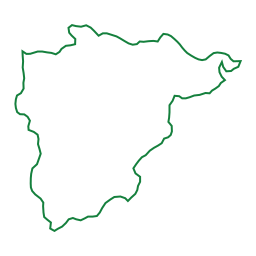 Taparuba, Minas Gerais, Brazil
{"feature_id": "56859067B97450946260268", "entity_name": "Taparuba", "entity_type": "district", "adm_level": 2, "iso_a3": "BRA", "parent_name": "Brazil", "parent_adm1": "Minas Gerais", "projection": "orthographic", "projection_center": [-41.602, -19.749], "detail": "fine", "context": "isolated", "style": "outline", "palette": "green", "viewbox_px": 256, "rotation_deg": 0, "n_neighbors": 0, "source": "geoboundaries", "source_scale": "gbopen_adm2", "svg_char_len": 2051}
<svg xmlns="http://www.w3.org/2000/svg" viewBox="0 0 256 256"><path d="M127.9,201.0L131.2,197.6L135.3,193.9L137.3,190.0L138.0,186.0L140.1,181.8L140.1,176.8L135.5,173.4L133.4,168.3L136.3,164.0L138.8,160.7L141.9,157.2L145.7,155.2L149.8,150.7L154.0,147.8L158.0,145.6L161.7,143.2L164.1,138.6L168.1,137.3L170.7,135.0L171.9,131.4L171.7,125.9L168.4,121.9L169.1,117.8L169.5,112.4L169.5,105.2L172.6,100.8L174.6,95.8L179.2,96.2L182.1,98.3L185.9,98.3L189.7,97.2L194.2,95.5L199.6,94.9L205.5,93.0L209.6,93.3L212.0,90.6L215.3,88.6L218.8,86.1L220.8,83.0L224.9,80.1L221.7,76.7L219.5,72.2L219.1,67.7L221.9,62.0L223.2,66.9L226.3,71.3L231.1,71.0L233.8,68.8L238.3,66.8L240.6,61.1L233.5,61.3L230.7,58.9L228.5,55.4L225.0,53.7L220.9,52.9L217.3,52.5L213.6,53.1L209.7,56.0L205.7,59.4L202.1,60.1L198.6,59.4L195.2,57.9L191.2,55.6L187.2,53.0L184.7,50.5L182.2,47.6L179.8,44.4L177.4,41.8L174.4,39.0L171.0,36.1L167.7,34.5L163.4,33.9L160.3,37.4L157.7,41.5L153.5,40.9L148.5,41.2L143.6,41.8L139.7,41.5L136.9,44.1L132.7,44.7L128.6,43.4L124.8,41.2L120.0,38.3L116.5,36.4L111.5,34.8L106.7,33.3L102.9,33.3L98.6,35.7L94.0,30.8L90.7,27.6L86.2,25.3L81.1,26.7L76.0,26.1L72.0,25.1L68.5,27.8L69.2,32.7L71.6,35.5L75.3,39.0L75.1,44.2L70.5,45.3L65.9,45.8L61.5,48.9L59.5,51.9L55.8,54.3L51.4,52.9L47.2,52.4L42.0,51.5L37.8,51.5L34.5,52.5L30.2,53.8L26.4,53.9L22.5,51.3L22.7,56.2L23.1,61.3L22.7,67.5L23.6,73.0L24.2,78.3L23.4,82.8L23.6,88.6L20.9,93.2L17.0,95.5L15.9,99.2L15.4,103.9L15.9,108.0L17.2,112.1L20.0,114.2L24.3,114.4L27.6,116.8L29.9,120.7L28.3,126.3L28.6,129.9L33.8,131.9L37.6,134.7L38.5,139.0L38.0,144.1L39.5,149.0L40.7,153.7L39.2,158.0L37.0,164.2L32.4,168.4L31.2,173.7L30.8,178.1L30.7,183.4L30.9,187.5L32.2,191.0L35.2,194.4L40.6,198.6L43.3,202.6L43.1,206.2L43.5,212.5L44.2,217.0L47.2,219.6L50.9,222.5L50.2,228.5L54.4,230.9L58.0,228.7L62.1,226.6L66.0,222.9L68.7,219.3L72.9,218.0L76.2,219.3L80.7,220.3L84.7,218.4L88.0,216.6L92.6,216.6L96.9,216.0L99.8,212.5L102.2,208.0L105.5,203.0L110.5,199.4L114.3,197.0L120.4,196.5L125.2,198.2L127.9,201.0Z" fill="none" stroke="#15803d" stroke-width="2"/></svg>